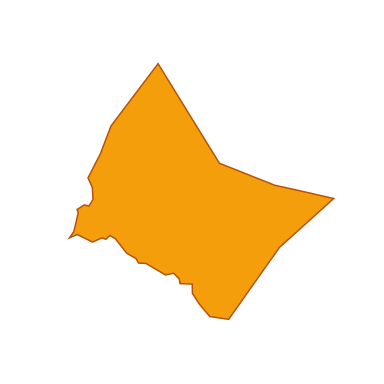 the district of Lee, Texas, United States of America, rotated 160°
{"feature_id": "52423323B12429161322070", "entity_name": "Lee", "entity_type": "district", "adm_level": 2, "iso_a3": "USA", "parent_name": "United States of America", "parent_adm1": "Texas", "projection": "equal_earth", "projection_center": [-96.865, 30.295], "detail": "fine", "context": "isolated", "style": "filled", "palette": "amber", "viewbox_px": 384, "rotation_deg": 160, "n_neighbors": 0, "source": "geoboundaries", "source_scale": "gbopen_adm2", "svg_char_len": 633}
<svg xmlns="http://www.w3.org/2000/svg" viewBox="0 0 384 384"><g transform="rotate(160 192 192)"><path d="M178.0,314.4L180.0,324.2L245.5,281.8L264.9,259.4L284.9,240.8L284.1,230.4L287.6,218.8L293.6,214.1L297.7,216.7L306.0,214.9L306.1,211.3L316.5,195.3L322.9,190.8L314.5,191.3L302.6,179.0L292.3,179.7L289.1,177.0L284.1,179.2L280.1,174.5L274.2,156.6L267.5,148.8L266.5,143.5L259.7,140.6L245.3,123.1L237.1,122.0L233.7,114.7L234.6,110.0L223.3,105.4L226.3,96.6L223.5,84.3L217.9,68.9L201.1,59.8L128.8,110.0L61.1,137.4L92.3,157.6L112.0,170.1L127.4,183.8L156.4,209.6L178.0,314.4Z" fill="#f59e0b" stroke="#b45309" stroke-width="1.5"/></g></svg>